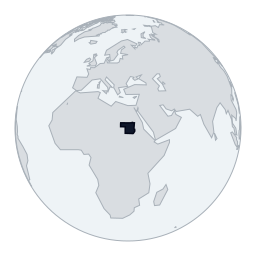 globe centered on Northern
{"feature_id": "SDN-878", "entity_name": "Northern", "entity_type": "State", "adm_level": 1, "iso_a3": "SDN", "parent_name": "Sudan", "parent_adm1": "", "projection": "orthographic", "projection_center": [29.004, 19.383], "detail": "coarse", "context": "on_globe", "style": "filled", "palette": "ink", "viewbox_px": 256, "rotation_deg": 0, "n_neighbors": 0, "source": "natural_earth", "source_scale": "10m", "svg_char_len": 9111}
<svg xmlns="http://www.w3.org/2000/svg" viewBox="0 0 256 256"><circle cx="128" cy="128" r="113" fill="#eef3f6" stroke="#a8b0b8"/><path d="M134.3,15.5L131.5,15.4L125.7,15.4L134.3,15.5ZM115.8,16.0L113.4,16.3L98.9,19.3L100.1,19.1L95.4,20.5L95.0,20.9L92.4,21.7L94.3,21.4L96.8,20.7L98.4,20.4L98.4,20.7L95.1,21.6L94.6,21.6L93.7,22.0L92.0,22.4L92.8,22.4L88.9,23.6L92.8,22.9L89.5,24.3L86.9,25.0L87.3,24.3L82.2,25.2L79.7,26.3L75.7,28.2L68.0,33.1L65.2,34.8L61.2,37.6L62.7,36.8L66.3,34.3L68.2,33.8L72.4,31.3L73.7,30.8L78.0,28.8L77.2,30.0L74.1,32.3L70.5,34.2L69.1,35.4L72.4,34.5L65.6,39.3L60.9,44.9L59.2,46.2L56.0,46.7L56.3,44.1L52.1,46.0L54.6,45.8L50.2,49.7L49.4,50.9L49.6,51.5L51.2,50.5L49.7,52.2L46.6,52.7L47.9,51.2L48.9,50.9L49.0,49.9L46.9,50.8L44.8,53.0L43.9,53.2L42.4,54.9L41.3,56.1L43.8,53.2L39.9,57.8L45.1,51.7L50.8,45.9L56.9,40.6L63.4,35.7L70.1,31.4L77.2,27.5L84.6,24.1L92.1,21.2L99.9,18.9L107.8,17.2L115.8,16.0ZM17.5,105.9L17.3,107.7L17.1,108.7L16.2,119.4L17.3,126.5L17.5,131.9L17.2,134.3L18.0,136.4L18.0,138.3L23.0,146.7L27.0,154.3L27.9,160.7L26.5,165.8L29.8,179.6L28.6,180.5L31.4,185.9L31.9,186.7L27.8,179.4L24.2,171.8L21.3,164.0L18.9,155.9L17.1,147.7L15.9,139.4L15.4,131.0L15.5,122.6L16.2,114.2L17.5,105.9ZM78.1,28.4L78.0,28.6L77.3,28.8L78.1,28.4ZM80.1,27.3L79.3,27.5L80.0,27.0L80.5,27.0L80.1,27.3ZM80.9,27.3L81.6,26.2L83.0,25.5L86.0,24.7L80.9,27.3ZM148.4,17.2L147.6,17.1L147.2,17.0L148.4,17.2ZM97.5,20.4L95.0,21.2L97.1,20.3L97.5,20.4ZM98.5,19.9L102.8,18.3L106.6,17.5L104.4,18.1L109.3,17.1L109.1,17.5L106.3,18.2L103.9,18.5L105.6,18.4L98.5,19.9ZM145.1,16.8L144.2,16.6L145.1,16.8ZM99.2,20.3L99.8,19.9L103.1,19.2L102.6,19.8L101.7,19.8L99.2,20.3ZM110.8,16.8L113.1,16.5L113.6,16.7L114.6,16.6L109.4,17.5L110.8,16.8ZM100.9,20.1L102.3,20.2L100.7,20.8L98.9,20.6L100.9,20.1ZM104.1,18.8L105.7,18.5L104.7,18.8L104.1,18.8ZM95.9,23.6L96.5,22.9L98.2,22.5L95.9,23.6ZM102.9,20.1L103.5,19.9L104.3,19.7L104.8,19.9L102.9,20.1ZM110.1,17.6L109.8,17.9L112.2,17.3L112.7,17.6L109.1,18.2L110.8,18.0L111.0,18.1L107.9,18.5L110.1,17.6ZM107.7,19.5L103.3,20.7L101.9,21.9L100.3,22.3L102.9,20.3L107.7,19.5ZM108.1,18.9L107.5,19.4L105.8,19.5L105.1,19.3L108.1,18.9ZM114.2,17.6L114.5,17.0L115.3,16.9L114.2,17.6ZM107.6,19.8L108.7,19.6L107.7,19.9L107.6,19.8ZM112.6,18.2L113.4,17.9L112.6,18.2ZM110.8,19.3L109.4,19.6L108.9,19.5L110.8,19.3ZM111.9,18.8L113.1,18.7L109.6,19.2L111.7,18.7L111.9,18.8ZM113.4,18.2L113.9,18.0L113.3,18.3L113.4,18.2ZM113.4,20.0L109.1,20.7L108.0,20.2L112.4,19.6L113.4,20.0ZM168.8,23.0L168.6,22.9L170.6,23.7L174.3,25.3L174.7,25.5L181.3,29.3L190.5,35.3L189.6,34.0L191.8,35.3L201.5,42.7L213.6,55.8L216.7,58.9L218.8,61.6L220.2,64.0L217.2,60.1L216.2,59.5L214.3,57.2L215.6,60.2L213.0,57.1L215.3,61.3L217.4,63.4L217.3,61.6L220.4,67.1L223.7,70.6L227.1,76.2L231.7,88.7L231.8,94.2L232.4,96.3L230.9,95.0L231.2,100.1L236.0,109.4L236.7,112.7L236.1,121.0L235.7,118.6L231.7,115.1L232.6,123.4L235.8,128.1L236.9,135.1L235.2,134.2L233.9,128.1L232.4,126.7L231.6,119.6L228.0,110.4L226.3,113.7L225.2,109.6L220.1,102.8L216.9,107.5L212.6,121.4L213.9,132.1L211.6,137.8L203.9,124.3L200.4,114.5L197.7,116.3L189.7,109.2L176.2,111.5L174.3,109.0L171.7,110.8L166.1,108.9L163.1,104.8L159.7,105.5L167.9,116.2L171.5,115.5L174.4,110.5L176.0,114.5L181.4,117.4L175.6,128.5L155.5,140.1L153.4,132.1L137.7,110.9L138.2,108.3L138.1,108.0L137.9,107.5L136.6,111.7L133.8,107.5L142.3,122.5L143.7,129.1L155.2,140.6L154.1,141.9L157.8,144.1L169.5,139.7L169.5,142.4L164.1,155.5L147.9,173.3L150.0,183.8L148.8,192.7L138.7,199.0L139.6,205.3L134.3,207.7L134.0,211.2L129.8,214.9L122.7,218.3L110.8,218.0L110.1,215.0L104.1,208.7L95.8,192.7L98.8,185.4L97.7,179.4L89.1,165.1L91.0,157.6L88.7,154.1L83.9,154.4L81.3,150.2L78.4,149.7L60.4,149.7L55.1,143.4L48.8,125.8L52.1,120.0L52.8,112.5L75.7,90.8L80.3,92.9L98.1,91.6L100.3,92.6L98.0,98.3L111.2,106.2L115.7,101.5L127.8,105.6L136.0,105.3L139.3,94.3L125.9,94.5L123.7,89.3L134.6,84.6L146.3,84.9L145.9,82.9L138.6,78.6L141.4,74.9L136.1,76.9L138.1,78.9L134.8,80.3L132.8,78.7L133.9,77.3L130.4,76.5L126.1,83.6L127.7,86.4L118.5,87.7L120.3,92.6L117.7,94.8L113.7,87.5L114.2,84.8L106.5,77.0L105.1,79.8L112.3,87.5L110.0,86.9L108.2,91.3L107.7,87.4L100.3,78.8L92.1,80.0L81.3,90.2L76.5,90.6L72.6,87.8L76.9,76.9L87.0,77.3L88.7,74.0L86.9,68.8L90.1,69.5L90.6,67.6L94.5,67.7L100.2,63.5L104.1,63.3L106.6,57.8L109.0,57.1L106.8,60.5L107.5,62.9L117.4,63.0L119.3,61.9L120.2,58.4L122.8,59.1L122.3,55.8L128.1,54.6L120.6,53.4L121.4,49.9L125.0,47.3L123.9,46.1L118.0,50.3L116.9,52.3L118.0,54.3L113.7,60.1L110.3,61.0L109.7,54.5L104.7,55.2L106.5,50.3L121.4,41.0L127.5,39.5L137.0,43.9L135.5,45.9L131.3,45.2L134.9,48.9L134.7,47.1L136.9,47.9L138.2,45.1L139.8,45.5L138.3,42.3L140.4,42.5L141.3,44.6L145.0,41.1L149.4,41.2L149.5,40.2L148.3,39.2L154.7,40.2L154.5,39.5L152.3,38.9L150.4,37.1L149.5,34.6L151.8,35.1L152.4,36.0L157.1,39.0L158.4,41.8L159.3,41.8L158.7,39.5L152.9,35.8L151.8,34.2L154.8,35.6L153.6,35.0L153.7,34.3L156.0,34.2L152.8,32.6L151.2,26.2L155.4,25.7L158.3,27.5L159.6,24.6L164.2,25.0L162.2,24.4L161.4,23.0L159.9,22.8L158.9,22.4L156.3,19.7L157.4,19.7L154.0,18.5L152.9,18.3L151.9,18.1L147.6,17.1L148.4,17.2L158.8,19.6L168.8,23.0ZM67.7,102.7L67.0,104.9L67.7,102.7ZM158.8,91.0L165.8,90.8L162.5,84.3L164.9,83.8L162.9,81.9L162.2,83.9L157.3,78.7L160.3,76.6L159.4,73.8L157.0,73.8L152.4,78.7L159.4,85.9L157.8,88.8L158.8,91.0ZM17.3,107.7L17.1,109.4L17.1,108.8L17.3,107.7ZM21.8,90.5L21.4,91.9L21.5,91.4L21.8,90.5ZM50.4,49.6L50.6,49.7L50.4,50.5L49.8,50.8L50.4,49.6ZM54.0,51.5L51.4,54.3L52.8,52.3L51.4,52.9L52.5,49.9L58.4,46.8L55.5,48.6L54.0,51.5ZM55.6,45.3L54.3,47.3L55.5,45.3L55.6,45.3ZM89.6,58.0L90.8,59.3L89.2,61.3L84.2,62.4L86.5,59.4L89.6,58.0ZM93.0,60.7L93.8,54.4L96.9,53.8L95.0,55.1L97.0,55.3L94.5,57.7L96.7,63.5L95.4,65.8L86.8,66.1L90.3,64.6L88.9,63.3L93.0,60.7ZM90.3,42.4L90.7,40.4L97.0,41.4L95.9,43.2L90.8,44.1L89.2,42.7L90.3,42.4ZM86.1,26.3L85.9,26.1L86.8,25.8L87.7,25.7L86.1,26.3ZM96.0,23.3L88.2,27.3L87.5,27.1L83.7,30.1L80.5,30.9L83.0,28.9L77.7,31.9L78.6,30.5L75.2,32.7L81.2,28.1L81.9,27.2L82.4,27.9L85.4,27.1L86.9,26.5L91.6,24.1L94.6,22.1L98.0,21.2L99.7,21.2L99.5,21.6L97.3,21.9L98.6,22.2L95.3,23.0L96.0,23.3ZM117.1,25.7L114.6,25.2L116.8,27.2L113.5,27.5L113.9,27.7L111.5,28.6L109.3,30.2L107.8,30.1L107.6,30.8L106.0,31.5L105.2,32.4L102.3,32.7L101.1,34.0L100.4,33.5L99.1,35.6L98.8,34.2L96.6,35.2L98.1,36.0L84.4,37.0L78.9,38.9L74.5,41.5L74.5,39.2L78.6,35.5L84.7,31.8L89.9,30.5L89.0,29.8L91.2,29.1L91.1,29.9L92.7,28.2L94.5,27.8L99.9,25.5L101.1,23.7L103.1,22.9L103.5,23.5L105.2,22.4L107.3,23.0L108.8,22.5L112.4,22.8L112.3,24.4L114.0,23.8L116.8,24.2L117.1,25.7ZM114.3,20.1L115.0,21.6L113.5,22.6L107.9,21.7L106.3,22.0L102.6,21.8L104.8,20.5L105.7,20.7L107.0,20.5L105.8,21.0L107.8,20.5L109.0,20.8L110.8,20.5L110.6,21.0L114.3,20.1ZM102.9,90.6L104.6,90.9L107.4,90.8L106.3,93.7L102.9,90.6ZM97.7,84.7L99.3,84.5L99.1,88.2L97.3,88.0L97.7,84.7ZM100.4,81.3L99.4,84.2L98.9,82.5L100.4,81.3ZM108.3,60.1L110.0,59.8L110.1,60.6L109.1,61.8L108.3,60.1ZM122.7,32.9L121.5,32.2L122.1,31.9L121.6,29.8L123.9,29.7L125.2,30.8L122.7,32.9ZM136.9,96.3L134.4,98.4L133.2,97.4L134.3,96.9L136.9,96.3ZM119.5,96.2L123.4,97.6L119.2,97.0L119.5,96.2ZM125.2,32.4L124.7,31.5L126.2,32.0L125.2,32.4ZM125.7,29.5L127.5,29.8L124.2,29.4L125.7,29.5ZM175.8,226.7L176.1,227.2L174.5,227.7L175.8,226.7ZM167.8,189.5L159.7,205.0L154.5,205.6L153.7,201.5L156.8,192.3L163.0,189.0L166.0,184.5L167.8,189.5ZM239.3,145.6L237.7,149.3L236.7,149.4L237.2,147.2L238.8,145.3L239.3,145.6ZM237.1,147.3L235.2,144.5L230.7,132.8L232.3,131.9L236.7,137.6L236.5,139.4L237.6,142.0L237.1,147.3ZM240.5,132.4L240.2,137.3L239.6,139.0L239.2,139.1L238.9,133.8L239.1,130.3L239.5,129.7L239.8,116.4L240.1,117.9L240.4,123.1L240.6,126.3L240.5,132.4ZM214.4,133.0L217.0,138.5L215.5,140.2L214.4,133.0ZM238.7,108.1L239.4,113.7L238.4,106.7L238.7,108.1ZM237.5,101.9L238.0,104.1L237.5,102.4L237.5,101.9ZM233.5,99.3L233.1,100.6L232.5,99.1L232.7,96.5L233.5,99.3ZM229.7,81.1L231.8,85.5L232.4,87.2L231.2,84.9L229.7,81.1ZM144.9,31.7L143.0,34.5L143.2,36.9L145.8,38.5L141.3,37.6L141.0,33.9L144.9,31.7ZM150.2,26.7L147.9,25.6L149.4,25.5L150.2,25.8L150.2,26.7ZM148.5,26.4L144.7,26.2L143.8,25.2L146.9,25.6L148.5,26.4ZM135.0,28.7L134.2,29.5L133.0,29.1L135.0,28.7ZM238.8,107.8L238.8,107.6L238.8,107.8ZM238.6,106.8L238.1,104.3L238.1,104.0L238.6,106.8ZM237.5,101.7L237.3,101.5L234.8,93.2L234.7,92.3L236.6,98.7L237.4,101.2L237.5,101.7ZM218.4,60.8L219.5,62.3L219.9,62.9L222.5,66.7L220.6,64.0L217.2,59.2L216.8,58.7L218.4,60.8ZM197.6,39.5L190.1,34.2L188.1,32.9L193.0,36.0L197.6,39.5ZM146.4,17.0L145.3,16.9L145.9,16.9L146.4,17.0ZM158.1,22.4L156.8,21.9L157.6,21.8L158.1,22.4ZM153.6,20.5L153.7,20.9L152.7,20.3L153.6,20.5ZM153.9,22.0L153.2,21.0L155.3,22.3L153.9,22.0Z" fill="#d9dde1" stroke="#a8b0b8" stroke-width="1"/><path d="M132.4,122.8L134.4,122.8L133.9,128.9L134.7,129.3L134.6,130.1L134.8,130.7L134.8,130.8L134.7,131.3L133.4,133.3L132.9,133.6L132.6,133.5L131.9,133.5L125.2,133.3L125.2,126.8L120.6,126.7L120.6,126.1L120.6,125.7L120.6,125.2L120.6,124.5L120.6,124.0L120.7,122.8L122.3,122.8L124.0,122.8L125.8,122.9L126.7,122.9L127.6,122.9L127.9,122.9L132.1,122.8L132.3,122.5L132.3,122.4L132.5,122.4L132.5,122.5L132.4,122.8Z" fill="#0f172a" stroke="#020617" stroke-width="1.5"/></svg>